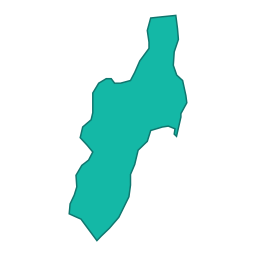 outline of Yuseong-gu, Daejeon, South Korea
{"feature_id": "91817680B90442190394967", "entity_name": "Yuseong-gu", "entity_type": "district", "adm_level": 2, "iso_a3": "KOR", "parent_name": "South Korea", "parent_adm1": "Daejeon", "projection": "equal_earth", "projection_center": [127.336, 36.369], "detail": "fine", "context": "isolated", "style": "filled", "palette": "teal", "viewbox_px": 256, "rotation_deg": 0, "n_neighbors": 0, "source": "geoboundaries", "source_scale": "gbopen_adm2", "svg_char_len": 797}
<svg xmlns="http://www.w3.org/2000/svg" viewBox="0 0 256 256"><path d="M175.8,15.4L159.1,17.1L150.7,18.0L147.3,30.5L149.0,42.1L149.0,48.4L139.8,60.9L134.7,72.5L130.5,80.5L120.5,83.2L114.6,83.2L111.2,78.7L106.2,78.7L98.7,83.2L92.8,93.0L92.8,112.7L91.1,119.8L82.7,127.0L80.2,137.7L86.9,144.9L92.8,152.0L88.6,160.1L81.8,165.4L78.4,171.2L76.0,175.3L76.8,186.9L74.3,195.0L70.1,203.9L69.2,213.8L75.1,216.5L81.0,219.1L84.3,223.6L96.9,240.6L101.1,236.2L109.5,228.1L118.8,217.3L128.9,196.8L130.5,185.1L130.5,174.4L134.7,164.5L138.1,150.2L147.3,141.3L150.7,130.5L162.4,127.0L168.3,126.1L175.0,128.8L174.2,134.1L176.5,136.3L180.9,117.1L180.9,113.6L186.8,102.8L185.9,95.7L182.6,80.5L176.7,75.1L173.3,65.3L174.2,51.9L178.4,39.4L177.5,28.7L175.8,15.4Z" fill="#14b8a6" stroke="#0f766e" stroke-width="1.5"/></svg>